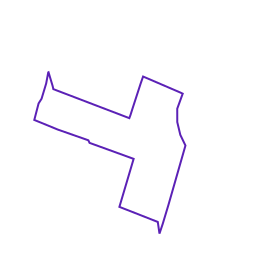 Bujoru, Teleorman, Romania (Robinson projection), rotated 44°
{"feature_id": "2599482B95855728618173", "entity_name": "Bujoru", "entity_type": "district", "adm_level": 2, "iso_a3": "ROU", "parent_name": "Romania", "parent_adm1": "Teleorman", "projection": "robinson", "projection_center": [25.511, 43.706], "detail": "fine", "context": "isolated", "style": "outline", "palette": "violet", "viewbox_px": 256, "rotation_deg": 44, "n_neighbors": 0, "source": "geoboundaries", "source_scale": "gbopen_adm2", "svg_char_len": 555}
<svg xmlns="http://www.w3.org/2000/svg" viewBox="0 0 256 256"><g transform="rotate(44 128 128)"><path d="M224.0,182.1L219.6,172.9L210.6,155.4L199.7,134.9L181.5,100.7L170.4,96.6L159.3,89.5L150.0,79.9L143.5,65.3L141.1,66.1L122.1,73.3L103.1,80.5L106.2,87.2L117.9,111.2L120.7,116.8L122.1,120.0L90.7,133.4L47.3,151.9L44.7,150.2L32.1,143.1L32.0,143.4L38.2,152.8L45.5,167.0L46.6,172.4L55.0,187.3L78.6,177.9L108.0,164.4L110.7,165.4L153.5,146.3L176.6,190.7L180.5,189.1L184.3,187.5L214.7,174.9L224.0,182.1Z" fill="none" stroke="#5b21b6" stroke-width="2"/></g></svg>